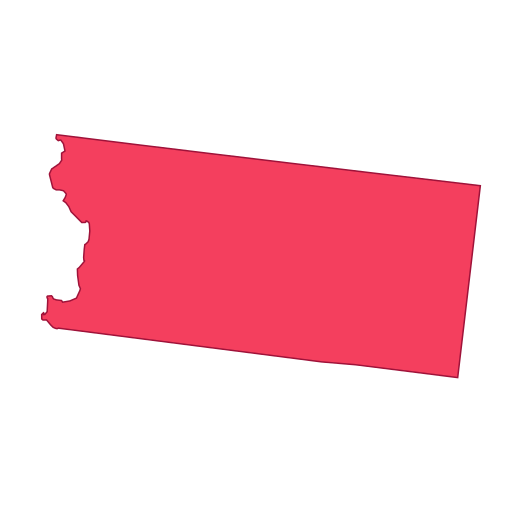 outline of Lyon, Iowa, United States of America, rotated 7°
{"feature_id": "52423323B71367497505693", "entity_name": "Lyon", "entity_type": "district", "adm_level": 2, "iso_a3": "USA", "parent_name": "United States of America", "parent_adm1": "Iowa", "projection": "orthographic", "projection_center": [-96.51, 43.379], "detail": "fine", "context": "isolated", "style": "filled", "palette": "rose", "viewbox_px": 512, "rotation_deg": 7, "n_neighbors": 0, "source": "geoboundaries", "source_scale": "gbopen_adm2", "svg_char_len": 1248}
<svg xmlns="http://www.w3.org/2000/svg" viewBox="0 0 512 512"><g transform="rotate(7 256 256)"><path d="M127.5,160.0L47.7,159.9L43.3,159.9L43.1,163.4L43.6,164.2L45.7,165.6L47.5,164.8L48.2,164.8L50.6,167.4L51.3,168.3L53.6,175.1L50.5,177.6L51.2,183.3L51.5,184.5L49.6,188.3L42.6,194.5L41.0,199.4L41.1,200.4L45.9,212.8L46.7,213.6L48.6,214.3L49.6,214.7L53.0,214.3L57.0,214.7L59.8,217.2L60.2,218.1L59.5,221.1L57.9,224.7L60.8,226.3L64.2,229.8L67.1,234.6L69.8,236.7L79.0,244.0L82.4,243.5L83.0,242.9L83.0,242.0L83.6,241.8L85.8,243.0L86.6,244.2L88.0,251.5L88.2,259.2L88.1,260.3L87.6,262.4L85.2,265.3L84.7,265.5L84.7,270.1L85.1,278.4L85.7,281.2L86.3,281.4L86.4,282.1L82.0,288.9L80.3,290.7L81.3,297.0L83.8,306.6L85.7,309.8L85.4,311.8L82.9,319.7L76.7,323.3L69.7,325.4L68.4,323.9L63.6,323.9L63.2,323.9L60.4,323.3L59.5,322.4L58.9,321.2L57.8,320.4L53.9,321.2L53.5,322.0L53.8,323.1L54.4,323.6L54.6,324.7L54.8,326.8L55.5,336.7L53.5,339.8L52.4,340.0L52.4,338.5L52.0,338.2L50.4,340.2L51.0,344.6L52.4,345.5L55.9,345.0L60.7,349.5L63.3,351.5L65.6,352.2L67.4,352.4L68.6,351.7L333.9,353.1L368.1,351.8L471.0,352.1L470.1,158.9L358.9,159.4L274.9,159.7L274.7,159.7L268.9,159.7L197.6,159.9L186.6,159.9L127.5,160.0Z" fill="#f43f5e" stroke="#9f1239" stroke-width="1.5"/></g></svg>